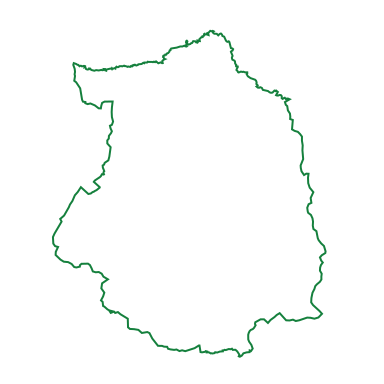 outline of Kono, Eastern, Sierra Leone, rotated 273°
{"feature_id": "65957751B39294828597109", "entity_name": "Kono", "entity_type": "district", "adm_level": 2, "iso_a3": "SLE", "parent_name": "Sierra Leone", "parent_adm1": "Eastern", "projection": "orthographic", "projection_center": [-10.815, 8.706], "detail": "fine", "context": "isolated", "style": "outline", "palette": "green", "viewbox_px": 384, "rotation_deg": 273, "n_neighbors": 0, "source": "geoboundaries", "source_scale": "gbopen_adm2", "svg_char_len": 5965}
<svg xmlns="http://www.w3.org/2000/svg" viewBox="0 0 384 384"><g transform="rotate(273 192 192)"><path d="M286.7,280.1L289.7,284.7L290.3,283.1L290.3,281.9L289.7,280.9L291.0,279.7L290.5,278.7L289.7,277.7L290.3,276.7L292.4,276.6L293.4,275.7L293.5,274.5L292.8,272.9L292.8,271.8L293.1,270.9L296.4,272.5L297.7,270.7L297.1,270.2L297.6,269.0L295.5,267.2L295.2,265.7L295.6,264.3L296.8,262.6L297.7,257.4L299.5,256.4L300.0,255.4L300.2,254.6L299.6,253.6L299.7,252.2L300.7,250.9L301.6,252.1L302.3,251.8L303.3,250.6L304.8,250.8L306.4,250.2L307.4,249.2L308.8,244.5L310.5,241.7L312.6,240.4L313.4,241.0L314.4,240.9L314.3,238.6L314.8,237.0L314.5,236.0L314.8,234.6L313.8,232.4L314.0,231.8L315.1,231.2L316.2,230.0L317.9,230.5L318.8,231.1L319.7,231.1L319.8,229.5L320.2,229.3L321.1,229.6L322.5,228.4L324.6,228.1L325.4,227.5L326.3,225.4L327.6,224.9L328.5,224.8L330.0,225.4L330.6,225.2L334.1,223.5L334.7,224.0L335.4,225.1L336.8,225.6L337.4,224.9L337.8,223.3L343.7,221.5L344.4,220.8L343.8,219.8L344.0,219.0L344.9,218.0L348.8,216.0L349.4,214.2L350.6,213.8L351.7,212.8L351.7,212.2L351.2,211.3L349.8,210.0L351.3,208.4L351.2,206.0L352.2,204.6L352.8,204.2L353.6,205.2L354.0,204.3L353.5,203.6L353.9,201.8L352.2,200.4L351.4,198.9L350.4,200.1L349.6,200.3L350.2,198.2L349.9,196.8L350.6,196.2L350.2,195.7L349.2,196.0L348.6,195.7L348.0,194.2L347.2,194.4L347.0,193.2L345.0,191.4L343.1,191.9L343.1,191.0L343.5,190.5L343.6,189.6L342.0,190.0L341.4,189.6L341.7,188.2L342.5,188.0L342.6,187.8L342.7,185.3L340.9,184.4L340.6,183.4L339.7,182.6L339.1,180.9L339.7,179.6L340.9,179.2L342.2,179.5L342.8,178.9L342.3,178.3L341.0,178.2L339.6,179.0L338.9,178.9L338.4,178.3L337.6,178.6L337.3,179.3L337.0,179.0L337.1,177.7L337.6,177.2L337.7,176.7L336.8,174.8L336.7,172.6L335.4,169.2L334.2,163.7L333.3,163.1L332.5,163.1L332.2,162.3L330.9,162.0L329.5,160.9L329.1,159.8L327.8,159.1L327.9,158.1L326.8,157.5L326.8,156.5L326.5,156.2L325.3,156.0L324.8,156.7L323.6,157.2L323.3,158.1L322.6,156.7L321.3,155.5L319.2,156.0L319.1,155.4L319.8,154.0L318.8,151.6L320.4,149.5L319.9,149.0L320.3,148.5L319.8,147.6L320.1,147.0L319.6,146.2L319.8,145.4L319.6,141.7L319.8,141.0L318.9,140.3L318.8,137.6L318.1,137.5L318.3,136.3L317.2,135.0L316.7,131.7L316.0,131.3L315.4,129.7L315.8,129.1L315.7,128.3L316.1,128.2L316.1,127.9L315.3,125.8L315.0,125.7L314.8,126.2L314.2,125.5L314.5,124.3L313.7,123.7L314.0,121.7L313.6,121.2L314.3,119.0L314.2,118.2L314.6,117.6L313.8,115.7L314.0,114.9L313.8,112.9L312.9,112.1L312.8,110.8L313.2,110.0L312.3,109.3L311.4,109.1L311.8,108.6L311.1,107.2L311.2,106.2L310.6,105.8L311.3,105.4L310.8,105.1L311.0,104.2L310.2,101.4L309.3,99.7L308.7,99.8L308.9,99.1L310.2,99.0L310.2,97.3L309.3,97.5L309.0,96.7L308.9,95.9L309.2,95.2L308.5,92.5L308.7,89.9L308.0,88.1L308.6,85.1L309.0,84.8L309.4,83.9L309.9,83.8L310.0,82.7L309.1,82.4L308.8,81.0L309.4,79.6L311.3,78.9L311.0,78.2L312.1,78.5L312.3,77.5L311.7,75.5L312.2,74.7L312.2,73.8L311.7,73.1L313.0,71.7L313.0,71.0L313.8,69.6L314.5,67.2L312.7,66.8L308.9,68.4L305.8,68.9L303.4,68.6L301.7,69.1L296.9,68.6L295.5,70.6L289.7,74.9L278.4,77.4L276.5,78.4L276.3,80.8L275.1,80.8L274.3,83.2L275.1,85.9L273.4,90.5L270.7,94.4L270.7,96.6L273.4,96.9L276.3,97.6L277.7,100.0L278.2,108.0L272.2,107.6L267.6,107.6L262.6,108.1L258.2,109.5L254.9,108.5L253.9,106.6L251.3,107.3L248.5,108.8L246.6,108.1L243.7,106.1L241.0,106.1L239.1,104.7L236.0,104.9L232.5,108.4L223.0,107.6L219.2,106.8L216.9,103.7L216.2,103.1L214.8,102.8L213.8,101.4L211.7,101.7L208.2,103.3L207.6,102.8L206.3,102.5L205.1,103.2L204.8,102.9L205.0,101.1L203.1,100.2L202.2,99.4L198.5,94.5L197.2,93.5L197.0,93.4L192.0,99.6L191.6,99.6L188.9,96.6L187.7,94.5L187.1,93.9L186.7,92.7L185.2,91.0L184.6,88.6L191.0,80.8L186.0,77.9L182.6,75.2L176.7,73.0L173.1,70.8L170.3,69.8L161.8,65.5L158.2,61.8L155.6,63.3L143.3,56.9L139.7,55.5L133.2,56.2L130.8,58.1L130.1,61.1L125.1,59.1L122.0,59.1L117.6,64.2L115.7,67.6L115.5,72.0L113.8,75.6L110.9,78.3L110.6,80.5L111.6,83.9L113.0,83.9L114.5,85.4L115.0,91.9L113.7,93.9L110.4,95.8L107.5,97.1L106.8,100.0L107.2,103.1L105.7,106.1L102.8,108.0L100.4,112.6L96.1,107.0L91.0,106.5L86.9,109.7L83.1,108.7L79.0,106.8L77.6,108.5L73.5,109.2L73.0,110.4L70.3,113.8L69.6,115.3L67.0,117.2L67.7,118.7L69.1,117.2L68.4,120.6L67.2,121.6L68.2,124.3L66.2,126.9L62.1,134.5L53.5,135.2L52.0,137.2L52.0,141.3L51.5,145.7L48.6,149.3L49.8,154.7L48.9,156.9L43.6,160.0L36.6,166.1L36.8,170.0L36.1,172.2L36.1,175.3L34.2,176.3L33.7,178.7L33.4,182.4L33.9,184.8L32.5,187.8L33.4,190.4L32.7,193.6L36.2,202.8L39.1,206.9L39.1,207.5L32.6,208.9L32.4,210.4L33.1,213.4L33.8,214.0L33.5,215.5L32.6,215.3L32.8,217.2L31.8,219.1L32.0,219.5L31.8,220.8L32.3,223.0L33.2,223.5L33.0,225.6L34.1,228.1L34.5,231.1L35.4,230.9L35.6,232.1L36.1,232.8L35.9,234.0L37.1,236.9L37.0,238.8L37.6,240.1L36.5,240.9L36.7,243.7L35.1,245.6L31.9,247.9L30.4,247.3L30.0,248.4L31.2,250.3L33.6,251.8L34.7,254.9L35.1,257.9L36.8,257.9L36.3,259.3L38.8,260.8L42.4,259.3L45.5,256.9L47.7,255.9L52.4,255.6L54.5,256.1L56.2,256.9L57.3,257.9L58.3,259.9L59.5,261.0L62.3,262.5L63.5,261.8L65.2,262.0L68.4,267.1L68.6,270.6L65.2,274.7L68.3,277.1L71.5,281.0L73.6,283.0L75.6,285.9L68.8,292.7L68.8,296.1L69.8,299.5L68.6,302.4L69.5,305.8L72.6,313.6L72.6,316.8L71.9,320.9L73.3,324.8L77.2,328.2L79.8,325.6L85.4,318.8L88.0,316.8L92.4,316.8L97.7,317.6L101.5,319.3L104.4,320.0L106.3,321.5L109.0,324.4L111.4,325.8L114.3,325.6L117.2,325.8L120.1,323.9L123.2,323.9L125.8,324.6L128.4,326.3L130.3,324.6L133.4,323.2L135.6,324.9L138.0,328.3L139.7,328.5L145.0,326.6L147.4,323.7L150.5,321.0L152.5,320.0L159.4,318.3L161.4,315.2L164.7,314.4L168.8,314.4L172.0,313.7L175.3,312.0L177.3,309.1L178.7,308.6L182.3,307.9L185.9,309.1L187.4,311.8L192.2,310.8L198.2,313.2L202.5,309.3L206.9,307.6L212.4,307.1L216.3,307.4L216.3,305.2L214.8,303.0L218.4,300.3L221.6,299.4L224.2,299.1L230.7,301.3L239.4,300.1L244.4,300.1L249.0,299.1L253.1,298.9L255.5,296.9L257.6,294.6L258.4,291.3L259.8,288.6L269.2,288.9L270.0,286.2L272.6,286.2L275.5,285.7L278.5,283.5L282.8,282.6L284.0,281.1L286.7,280.1Z" fill="none" stroke="#15803d" stroke-width="2"/></g></svg>